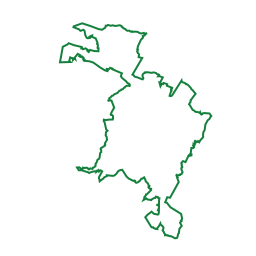 San Agustín Tlaxiaca, Hidalgo, Mexico (orthographic projection), rotated 101°
{"feature_id": "50627088B66732332939246", "entity_name": "San Agustín Tlaxiaca", "entity_type": "district", "adm_level": 2, "iso_a3": "MEX", "parent_name": "Mexico", "parent_adm1": "Hidalgo", "projection": "orthographic", "projection_center": [-98.945, 20.076], "detail": "fine", "context": "isolated", "style": "outline", "palette": "green", "viewbox_px": 256, "rotation_deg": 101, "n_neighbors": 0, "source": "geoboundaries", "source_scale": "gbopen_adm2", "svg_char_len": 5711}
<svg xmlns="http://www.w3.org/2000/svg" viewBox="0 0 256 256"><g transform="rotate(101 128 128)"><path d="M100.4,48.5L98.2,50.8L98.8,56.1L99.6,57.8L100.4,57.9L100.8,58.5L100.3,59.4L98.6,60.3L99.4,60.7L99.0,62.8L99.3,64.5L98.9,65.6L98.3,66.2L97.9,68.0L93.3,72.1L93.1,72.6L91.5,72.2L91.1,71.7L89.3,71.6L89.0,71.9L81.5,68.2L78.5,71.8L77.8,73.2L76.8,73.9L74.4,77.1L73.6,79.1L73.9,79.4L72.9,81.0L72.7,83.3L72.0,84.2L71.2,84.5L87.3,90.8L88.1,91.3L88.6,92.5L88.5,93.3L83.9,92.8L83.4,92.4L83.2,92.7L82.5,92.6L82.3,93.1L81.0,93.1L81.0,92.8L80.5,92.9L80.4,92.3L80.1,92.3L79.1,97.9L77.5,97.9L77.0,101.7L78.3,102.0L78.1,103.3L80.8,104.1L77.5,105.7L77.6,105.3L71.7,103.5L71.1,106.9L71.5,108.3L69.8,107.7L69.7,107.9L69.5,109.8L68.7,111.0L68.5,113.3L69.4,115.6L69.6,120.1L70.4,121.4L70.1,121.9L72.6,123.8L74.0,123.8L76.3,122.4L77.4,122.8L77.5,123.2L76.5,128.5L76.4,130.6L76.2,131.4L75.0,132.6L74.8,133.8L56.6,127.4L56.4,131.1L53.8,131.2L52.9,131.8L52.5,132.7L51.1,133.6L50.6,133.3L49.8,133.7L49.3,133.2L48.9,133.3L48.8,133.9L45.6,133.8L38.8,132.1L36.6,130.6L35.0,131.0L34.9,130.3L34.0,129.9L33.8,129.3L32.4,128.6L31.4,127.4L31.8,128.8L32.6,129.6L31.6,130.6L32.4,132.0L32.7,133.7L32.4,135.6L31.8,136.7L32.0,139.0L32.5,141.2L32.4,141.9L32.7,142.1L32.5,142.7L33.0,143.3L32.2,145.5L32.7,147.0L31.9,149.1L31.4,149.4L30.9,151.8L30.3,152.1L29.8,153.6L29.1,153.8L28.7,155.6L30.1,159.4L30.3,160.9L30.1,162.6L30.9,164.3L30.7,167.3L31.5,168.0L31.8,169.4L33.5,169.4L34.4,169.8L34.9,170.7L36.5,172.1L36.5,175.8L35.0,184.8L34.0,193.0L38.6,200.7L39.4,200.8L40.5,195.0L41.7,193.2L40.1,190.5L41.1,189.1L44.9,187.7L47.4,185.7L47.6,184.5L46.8,182.7L46.4,182.4L46.1,183.4L45.7,183.1L46.1,182.4L45.1,182.5L44.3,181.3L45.0,181.5L45.2,181.1L45.2,180.6L45.0,180.4L45.5,180.1L46.2,176.8L50.2,174.2L50.9,174.0L51.2,174.4L51.5,174.3L51.6,173.8L52.1,173.7L52.6,173.2L55.2,173.2L55.6,172.6L55.5,172.1L58.3,171.7L58.9,175.9L58.6,180.2L60.9,181.1L59.9,182.8L59.0,182.5L57.9,184.7L59.3,187.3L58.9,188.3L58.5,188.3L58.7,189.0L57.3,189.0L57.0,196.9L56.1,202.4L57.6,203.4L60.7,207.5L76.5,207.3L74.2,197.1L73.4,198.5L69.7,198.2L70.3,196.1L70.0,196.1L70.0,195.6L71.7,195.0L69.9,194.1L70.5,193.0L69.1,193.7L64.8,191.5L65.6,189.0L66.8,189.6L67.3,188.4L66.6,188.0L67.2,187.0L66.6,186.7L67.2,185.5L67.7,185.0L68.0,185.2L68.4,184.6L69.4,185.0L70.3,184.0L69.8,183.7L70.2,183.1L69.8,182.8L70.2,182.1L69.9,178.3L70.4,174.5L74.0,166.6L75.8,161.7L76.1,159.0L75.5,158.9L75.3,160.2L74.0,160.1L74.0,158.1L73.0,157.2L72.3,157.0L72.7,154.5L73.3,154.6L75.5,144.4L78.5,144.9L79.8,143.7L82.7,138.5L83.9,137.3L84.3,135.4L85.1,134.6L86.0,134.9L86.7,133.6L86.3,135.7L86.9,137.4L88.2,138.8L89.0,139.0L89.3,139.6L91.0,140.5L91.4,141.8L92.3,142.2L93.2,143.7L95.5,144.9L97.6,148.0L99.1,148.9L99.4,149.9L101.2,150.9L102.1,152.0L102.6,152.1L103.6,151.5L105.3,153.1L104.3,150.8L104.2,149.5L110.7,145.4L111.8,146.0L112.5,145.9L113.6,146.5L117.8,147.6L118.4,147.3L118.4,145.8L119.0,145.1L121.7,144.5L122.6,144.6L123.4,148.3L124.5,151.4L124.4,153.3L124.6,153.3L125.9,153.1L126.8,152.1L133.6,149.1L134.6,147.6L136.2,148.8L139.6,148.5L140.9,147.2L142.4,146.8L143.4,146.3L147.4,147.7L148.7,147.6L148.7,147.2L149.6,147.1L153.0,150.8L153.9,150.9L154.6,150.2L156.7,149.7L157.5,150.4L158.3,150.5L162.8,150.3L163.8,150.6L165.0,151.9L167.7,152.2L169.3,153.0L170.0,152.7L170.9,152.9L171.6,152.6L173.2,154.0L173.7,154.9L174.9,155.1L174.8,157.3L176.1,158.3L176.1,159.0L175.3,159.5L174.8,160.9L175.2,161.6L175.2,162.7L175.8,163.5L175.5,164.6L176.4,164.7L176.9,165.2L176.8,166.3L175.9,168.4L176.5,170.5L178.9,168.2L178.3,165.5L179.2,158.2L179.6,157.6L177.9,155.1L177.1,153.2L177.0,152.1L176.1,150.7L177.1,150.6L175.0,149.0L176.3,148.2L174.8,147.0L175.0,146.1L175.5,145.1L181.8,147.1L182.7,147.0L183.6,146.3L185.7,145.6L182.6,143.0L182.4,142.5L181.0,142.0L179.1,139.4L178.4,139.7L177.9,133.7L177.2,132.3L175.4,130.8L172.4,129.5L171.0,127.9L170.1,125.7L175.8,120.3L177.4,117.8L178.9,112.8L178.3,111.9L178.6,110.9L179.2,111.0L180.1,110.0L180.2,109.4L179.4,107.9L178.2,107.0L178.1,106.6L175.1,105.1L174.9,104.1L173.4,102.8L175.4,101.1L176.9,100.5L178.6,97.9L180.6,96.6L180.8,96.0L181.7,96.5L181.7,96.1L182.8,96.1L183.8,94.2L183.2,93.9L183.3,93.6L184.7,93.6L190.1,97.3L190.0,97.6L191.3,97.9L192.8,98.8L193.2,98.4L195.7,99.0L193.6,96.6L194.4,95.5L194.3,91.4L193.6,91.2L191.8,89.0L191.4,87.8L190.1,87.6L190.1,85.5L191.0,85.0L191.0,83.7L193.2,83.7L197.2,83.0L197.7,84.6L198.1,84.6L198.4,82.7L201.5,82.2L201.5,82.6L203.1,82.9L203.2,81.9L204.6,81.6L207.0,81.7L207.3,82.2L207.3,86.2L205.6,88.9L209.6,92.4L212.3,94.0L220.9,86.1L220.7,84.4L221.3,83.9L221.4,82.4L221.8,82.1L221.6,80.1L221.2,80.4L218.1,78.8L215.5,78.0L216.7,77.4L217.5,75.7L218.8,74.2L221.0,74.1L221.9,74.5L223.3,72.9L224.0,72.7L224.8,71.7L226.2,71.2L225.6,70.2L226.0,69.5L225.7,68.5L226.2,68.0L226.0,67.2L226.3,66.0L226.0,65.0L227.3,60.7L226.6,59.0L226.1,58.7L222.1,58.5L221.5,58.0L217.3,58.3L213.7,56.6L211.0,58.9L209.1,57.7L208.7,58.3L208.1,57.8L206.6,57.6L202.2,59.5L197.7,71.3L193.9,75.6L193.9,77.3L188.5,76.3L188.4,73.4L171.3,67.9L167.8,70.1L167.1,69.8L166.8,70.5L165.1,71.5L164.7,71.2L165.3,70.5L165.3,70.1L164.2,68.9L164.4,68.3L164.2,67.9L163.4,67.7L162.9,66.6L162.0,66.5L161.4,66.0L160.8,66.1L158.0,67.9L156.7,67.9L156.4,67.3L155.7,67.3L155.2,67.9L154.2,68.3L153.6,68.1L152.3,69.0L150.0,67.7L150.5,65.1L144.1,63.4L142.8,60.5L141.9,60.6L142.4,62.5L141.0,61.6L135.5,62.0L135.3,60.2L134.3,59.5L132.7,60.8L132.3,60.4L131.8,60.5L132.6,59.5L131.6,59.4L131.4,59.7L130.7,59.1L130.3,59.9L128.2,59.2L128.0,59.8L127.8,59.7L128.2,58.4L128.6,58.2L128.4,57.0L127.5,56.7L128.4,55.4L126.3,54.7L122.7,52.5L119.3,53.2L117.1,53.1L116.0,52.5L115.0,52.4L109.9,52.7L105.1,51.2L103.8,49.9L101.3,49.1L100.4,48.5Z" fill="none" stroke="#15803d" stroke-width="2"/></g></svg>